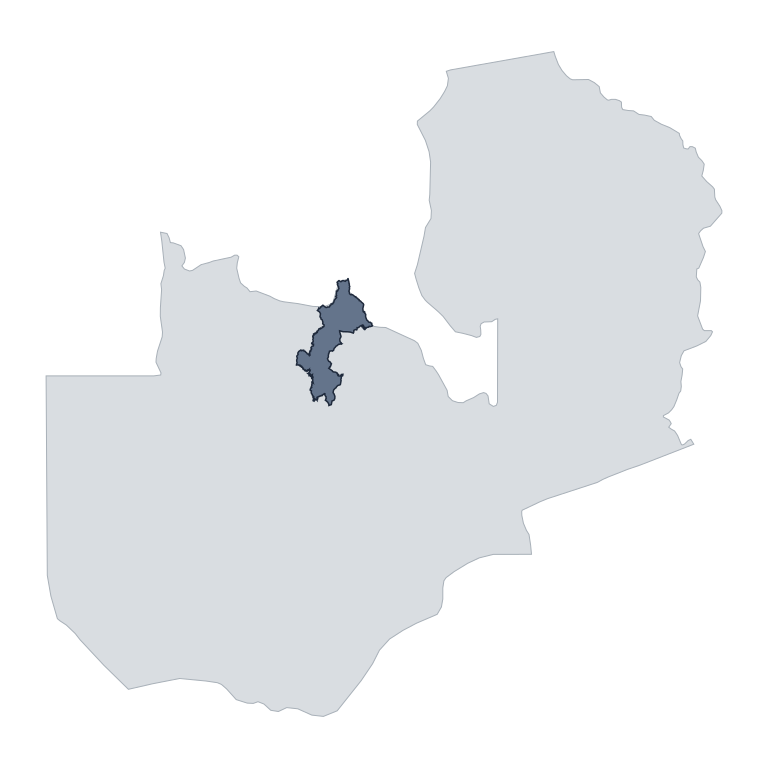 location of Mushindano, North-Western, Zambia
{"feature_id": "96606910B46264133370016", "entity_name": "Mushindano", "entity_type": "district", "adm_level": 2, "iso_a3": "ZMB", "parent_name": "Zambia", "parent_adm1": "North-Western", "projection": "natural_earth1", "projection_center": [26.828, -12.5], "detail": "fine", "context": "in_parent", "style": "filled", "palette": "slate", "viewbox_px": 768, "rotation_deg": 0, "n_neighbors": 0, "source": "geoboundaries", "source_scale": "gbopen_adm2", "svg_char_len": 9741}
<svg xmlns="http://www.w3.org/2000/svg" viewBox="0 0 768 768"><path d="M531.5,554.3L493.2,554.4L479.2,557.9L467.7,563.3L454.0,571.7L446.1,577.6L443.9,580.8L442.8,588.0L442.8,599.1L441.4,607.0L437.2,614.3L416.5,623.2L402.9,630.4L389.6,639.0L379.5,650.1L372.6,663.7L361.2,680.6L337.2,710.8L323.4,716.4L311.8,715.1L297.8,708.8L286.7,707.6L278.4,711.5L270.8,710.3L263.9,704.0L258.0,701.7L253.3,703.4L247.2,703.1L236.2,699.6L226.6,688.9L221.4,684.4L217.4,682.7L205.9,681.0L179.6,678.5L152.4,683.8L128.4,689.3L103.9,665.3L80.2,639.9L75.2,633.5L66.3,625.0L59.9,620.8L57.4,618.7L50.9,596.1L47.3,575.4L46.1,375.9L153.8,375.9L160.7,375.0L161.0,372.9L156.0,362.2L156.2,358.5L157.5,351.2L162.2,336.8L162.5,332.0L160.3,316.3L160.4,307.5L161.6,289.7L160.9,283.7L163.4,275.8L164.2,270.5L165.2,268.2L164.0,262.1L161.8,241.0L160.5,232.2L167.0,233.5L169.1,237.8L170.4,242.6L173.3,242.9L181.0,245.7L183.6,249.6L185.4,258.1L184.4,262.4L181.9,265.9L184.4,269.0L189.5,271.0L192.5,270.4L201.2,264.6L209.2,262.5L213.2,261.0L231.1,257.2L234.6,255.2L237.1,255.2L238.8,256.8L237.3,262.8L236.7,268.2L239.0,278.2L240.6,282.9L244.3,286.3L247.0,288.0L250.0,291.7L256.2,291.0L269.9,296.2L274.0,298.5L279.8,300.9L283.8,301.8L297.9,303.6L312.8,306.4L320.5,306.7L325.9,306.0L329.8,304.5L332.1,302.9L333.2,301.5L338.8,282.4L341.6,280.9L345.3,279.9L347.5,281.7L349.9,293.7L360.6,304.6L364.3,313.7L366.9,321.5L369.3,323.6L373.3,326.3L379.9,327.3L385.7,327.5L414.6,340.8L417.8,343.3L421.3,350.4L423.4,358.4L425.7,364.7L429.4,365.9L432.7,366.4L436.0,370.8L438.5,374.6L447.1,390.3L448.2,396.5L452.4,400.7L458.0,402.5L463.2,402.7L466.2,400.8L473.6,397.6L479.4,393.9L483.6,392.6L486.0,393.4L488.0,395.9L489.2,403.8L493.3,406.4L496.3,405.4L497.5,402.3L497.5,400.7L497.7,318.8L495.1,319.4L491.7,321.7L484.1,322.0L481.1,323.7L480.2,326.3L480.7,329.7L480.9,334.4L479.8,336.5L476.4,337.4L471.6,335.6L462.8,333.3L455.4,331.8L450.2,325.7L443.1,316.4L438.4,311.8L427.2,302.1L425.3,300.2L421.9,295.6L418.9,288.0L416.1,279.1L414.6,273.4L417.4,264.7L424.0,236.3L425.5,227.5L431.0,218.5L431.4,210.5L429.2,200.2L429.8,194.5L430.6,162.0L429.1,151.7L425.4,140.4L417.3,124.5L417.4,121.1L429.9,110.8L433.6,107.0L440.2,98.6L444.6,91.5L447.4,85.8L448.4,78.3L446.3,71.3L450.6,69.9L553.8,51.6L555.3,56.5L558.4,64.5L562.0,70.5L566.4,75.7L570.1,78.8L572.6,79.8L588.5,79.5L594.3,82.6L599.2,86.6L600.4,92.9L603.7,96.8L607.2,99.8L608.7,100.2L611.3,99.4L615.6,99.4L619.5,100.7L621.4,102.1L621.6,107.3L622.8,109.6L628.2,110.5L633.6,110.9L638.9,114.4L644.6,115.1L651.2,116.5L654.3,120.3L661.3,124.2L669.9,127.7L679.3,133.4L679.5,135.2L681.1,138.6L682.8,141.0L682.9,144.6L683.7,148.0L686.1,148.8L688.1,149.0L690.0,146.6L692.5,146.7L695.3,148.2L696.2,152.0L698.4,157.2L701.9,160.7L704.2,164.1L703.3,170.3L701.8,176.0L706.6,181.5L712.7,186.9L714.4,189.2L714.8,197.1L715.7,199.8L719.9,206.3L721.9,210.7L721.8,213.2L710.4,226.2L703.5,228.2L700.5,230.9L698.6,233.6L703.0,246.6L705.4,251.5L703.4,257.6L698.8,268.1L696.8,269.0L696.3,276.9L697.7,279.8L699.9,282.1L700.8,287.4L700.5,300.8L697.6,315.9L702.6,329.1L704.3,330.6L711.3,330.6L712.5,331.8L710.8,335.5L705.9,341.4L696.9,345.9L684.0,350.8L681.3,355.6L679.6,362.6L681.0,366.7L682.7,369.0L682.1,375.1L680.9,381.5L681.3,386.5L680.7,391.0L679.0,393.2L676.7,399.9L673.9,406.6L671.7,409.7L668.5,412.9L663.4,415.6L663.4,417.0L669.2,420.1L670.6,422.3L671.2,423.7L668.7,427.2L671.4,429.2L674.6,431.0L677.6,435.5L681.1,443.9L681.7,444.8L682.7,444.9L684.6,444.0L688.2,440.5L690.8,439.3L693.8,444.2L640.1,465.1L627.5,469.4L608.7,476.8L602.6,479.5L597.6,482.3L547.7,498.6L539.9,501.8L522.2,510.2L521.7,511.5L521.8,515.3L523.4,523.2L526.4,530.3L529.0,534.5L530.6,545.0L531.5,554.3Z" fill="#d9dde1" stroke="#a8b0b8" stroke-width="1"/><path d="M372.1,326.1L372.5,325.6L371.7,324.5L371.8,323.6L371.7,323.2L370.7,322.8L370.2,322.2L369.1,322.3L368.3,321.7L367.7,320.6L366.9,320.2L365.9,317.7L365.6,316.6L365.7,314.3L364.7,313.1L364.8,312.1L364.2,311.6L363.5,312.0L363.2,311.7L362.8,308.7L363.7,304.7L363.2,303.6L361.5,302.2L360.5,301.0L359.2,300.6L359.1,299.6L358.1,299.2L357.8,298.5L355.8,297.3L355.8,296.7L355.0,296.7L353.0,295.0L351.5,294.3L351.3,294.7L350.7,294.7L349.5,293.7L349.4,292.3L348.9,291.2L349.6,288.8L349.3,287.6L349.8,286.7L349.3,285.3L349.3,283.8L348.9,283.1L349.0,282.5L348.1,278.7L347.9,278.7L347.4,280.0L346.2,280.3L345.3,281.3L343.0,280.5L341.9,280.9L341.6,281.4L340.8,281.7L339.0,280.6L338.4,280.9L338.2,281.4L337.4,281.9L337.1,282.3L337.1,282.7L337.9,283.8L337.4,284.3L337.4,284.6L338.0,286.0L338.5,286.4L338.5,287.2L338.9,288.6L338.0,289.8L337.9,290.5L337.6,290.5L337.5,290.8L337.3,290.8L337.2,291.2L336.4,291.2L336.5,292.5L336.3,295.0L336.6,295.7L336.0,296.0L335.7,296.4L336.6,297.6L336.1,298.2L335.5,298.4L335.1,299.4L334.4,300.0L333.6,302.7L332.8,303.4L332.6,304.0L331.2,303.9L331.0,304.8L330.4,305.4L330.0,305.5L329.6,306.7L329.0,307.1L327.8,306.9L326.7,307.5L325.7,307.4L325.5,307.1L324.6,306.7L323.1,305.3L322.7,305.3L322.5,305.7L321.9,305.9L321.6,306.6L321.1,306.6L320.8,306.9L320.6,307.4L320.2,307.6L319.7,308.5L319.1,308.7L318.7,308.2L318.2,309.5L317.4,310.5L319.5,311.9L320.5,313.7L320.0,316.7L320.4,317.5L320.8,317.7L321.0,319.1L322.1,319.7L322.9,322.1L322.7,323.5L323.2,324.2L323.2,324.5L324.0,324.8L324.1,325.9L323.8,326.6L323.0,326.8L322.9,327.1L322.5,327.0L322.5,327.3L322.3,327.3L322.1,327.8L321.7,328.1L321.1,328.3L320.8,328.6L320.6,328.4L320.5,328.8L319.7,328.5L319.1,328.8L319.1,329.0L318.7,329.2L318.5,330.2L318.3,330.1L317.5,331.2L317.2,331.2L317.3,332.5L316.4,332.8L315.9,333.5L315.8,333.4L315.8,333.0L315.3,333.6L314.9,333.3L314.6,333.8L313.6,333.9L313.6,334.7L313.4,335.1L313.7,335.2L312.8,336.0L312.8,336.3L313.1,336.3L312.8,336.8L313.0,337.5L313.3,337.6L313.4,338.0L312.8,339.4L313.3,341.1L313.2,341.5L312.9,341.7L312.9,342.2L312.6,342.7L312.3,343.0L311.9,342.9L311.7,343.6L312.2,343.8L312.3,344.1L312.6,343.9L312.8,344.2L313.5,344.2L313.5,345.3L313.3,345.5L313.3,345.9L311.9,346.3L311.6,347.0L311.1,347.3L310.9,348.0L311.6,348.6L311.4,349.6L310.9,349.8L310.7,351.0L310.4,350.9L310.4,351.3L310.2,351.2L310.2,351.6L309.7,351.8L309.5,352.6L309.7,353.3L309.2,353.6L309.9,354.3L309.7,354.6L309.8,355.0L309.4,354.9L309.2,355.4L308.6,354.4L307.2,353.8L306.6,352.7L305.7,352.2L305.3,351.4L304.1,351.2L303.9,350.3L303.1,350.1L301.7,350.8L301.3,350.7L300.9,350.0L298.7,351.5L297.8,353.1L298.1,354.4L296.8,356.1L296.8,356.8L297.4,358.0L296.7,359.9L296.7,361.0L297.1,362.8L296.5,364.3L296.5,365.0L297.2,364.8L297.7,365.0L299.0,364.9L299.4,365.2L299.3,365.5L299.9,365.9L300.3,365.5L300.7,366.3L301.5,366.1L301.8,366.4L301.6,367.2L302.7,367.5L302.9,368.8L303.1,369.1L303.4,368.7L304.9,370.6L305.3,370.2L305.6,370.7L305.8,370.4L306.4,370.9L306.7,370.8L306.9,371.4L307.2,371.2L307.1,370.6L307.8,370.5L307.6,370.0L307.9,369.8L308.3,370.0L308.5,369.8L308.8,370.2L309.2,369.7L309.1,370.5L309.5,371.1L309.9,370.4L310.2,370.3L310.1,370.9L309.7,371.1L309.1,372.6L307.8,373.5L308.2,373.7L308.8,373.4L308.8,374.2L309.1,374.6L309.3,374.6L309.7,373.9L309.8,374.0L309.6,375.2L309.1,375.3L309.0,375.7L310.4,375.8L310.6,374.9L310.9,375.5L310.8,376.5L311.5,376.8L311.7,376.4L311.7,375.3L312.0,374.7L312.4,374.5L312.2,375.5L312.8,376.7L313.0,377.5L312.7,378.3L312.0,377.6L311.8,377.8L311.7,378.4L312.3,378.9L312.8,379.7L312.6,381.7L312.9,381.8L313.1,382.6L312.3,381.8L311.9,381.9L311.9,382.8L312.2,383.3L312.0,383.5L312.0,384.1L311.7,384.9L311.9,385.3L311.4,386.5L311.6,387.0L311.3,387.2L311.6,387.5L310.7,388.3L310.2,389.3L310.3,390.4L311.4,390.8L311.2,392.3L311.3,393.1L311.6,393.4L311.6,393.8L312.3,394.5L312.5,395.8L313.0,396.3L313.4,396.2L313.7,396.7L313.2,396.9L313.0,397.7L314.7,398.6L314.5,399.0L313.8,399.0L313.6,399.2L313.4,399.6L313.7,400.0L313.5,400.3L313.1,400.4L313.2,400.8L314.0,401.1L314.0,400.4L314.9,400.2L315.4,399.5L316.5,399.7L316.9,400.1L316.8,399.6L317.4,399.5L317.1,398.8L317.6,398.5L317.1,397.8L317.4,397.7L317.4,397.3L317.9,397.5L318.1,396.8L319.2,396.3L319.5,396.5L320.3,395.8L320.7,396.0L321.5,395.7L321.8,395.3L322.4,395.5L322.7,394.8L323.4,394.3L324.0,394.3L324.3,393.6L324.6,393.6L324.9,393.7L324.9,394.9L325.2,395.7L326.1,396.8L326.0,398.4L326.2,398.7L325.7,399.3L325.4,400.4L326.5,400.9L326.8,401.5L327.3,401.7L327.8,402.3L328.8,404.1L328.9,405.5L331.3,404.6L332.0,401.0L334.0,400.2L334.8,398.6L334.9,396.3L334.0,393.9L333.1,392.7L333.4,390.8L333.8,389.7L335.3,388.2L336.0,387.8L336.5,386.8L337.8,385.5L340.1,384.8L340.4,384.4L341.1,380.5L340.8,379.5L341.3,378.0L341.2,377.0L341.8,376.2L342.7,375.7L342.9,374.3L341.3,374.5L340.7,375.6L340.2,375.9L339.0,376.0L338.2,375.8L337.9,375.5L338.5,374.5L337.4,374.1L337.4,373.4L337.2,373.0L336.5,372.9L335.9,372.2L333.2,371.9L332.5,371.3L332.4,370.9L328.8,368.3L329.7,367.3L329.7,367.1L330.0,367.1L330.0,366.7L330.5,366.3L331.1,364.7L331.0,364.2L331.4,363.8L329.8,361.6L328.8,361.4L327.9,359.8L327.5,358.6L328.4,356.9L328.3,355.3L328.6,354.4L328.5,353.9L328.9,353.4L329.5,351.2L331.8,350.8L332.4,351.1L332.8,350.6L333.5,350.5L334.2,348.3L335.1,347.5L336.2,346.0L336.9,345.8L338.6,344.3L339.4,344.3L340.4,343.9L341.2,344.2L341.8,343.8L341.5,343.7L341.2,342.8L340.2,341.9L339.9,340.9L339.8,338.9L340.7,337.4L341.0,336.4L340.6,334.9L340.2,334.1L340.2,333.4L339.7,332.2L339.6,330.8L343.0,331.7L347.6,331.8L350.4,332.1L353.3,333.1L353.8,332.0L353.8,330.4L355.4,329.5L356.7,329.9L357.1,329.0L357.1,327.7L357.6,327.8L358.8,327.4L359.7,326.4L360.9,325.7L361.6,326.2L362.1,325.1L362.6,325.0L362.8,325.2L362.7,326.2L363.5,325.6L363.6,325.9L363.7,326.4L362.9,326.2L362.9,326.7L362.0,326.5L362.0,326.8L362.6,327.0L363.4,327.8L363.0,328.8L363.5,328.2L363.9,327.0L365.1,327.4L365.2,327.9L364.7,328.3L364.7,328.8L364.2,328.9L364.1,329.3L364.6,329.6L365.0,329.5L365.5,328.5L366.0,328.3L366.9,327.4L368.4,327.2L369.2,326.3L369.9,326.7L372.1,326.1Z" fill="#64748b" stroke="#1e293b" stroke-width="1.5"/></svg>